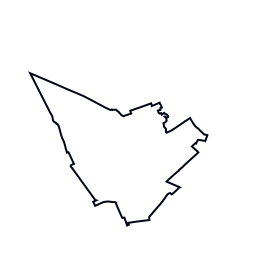 Valea Nucarilor, Tulcea, Romania, rotated 154°
{"feature_id": "2599482B55902269150341", "entity_name": "Valea Nucarilor", "entity_type": "district", "adm_level": 2, "iso_a3": "ROU", "parent_name": "Romania", "parent_adm1": "Tulcea", "projection": "robinson", "projection_center": [28.899, 45.009], "detail": "fine", "context": "isolated", "style": "outline", "palette": "ink", "viewbox_px": 256, "rotation_deg": 154, "n_neighbors": 0, "source": "geoboundaries", "source_scale": "gbopen_adm2", "svg_char_len": 5160}
<svg xmlns="http://www.w3.org/2000/svg" viewBox="0 0 256 256"><g transform="rotate(154 128 128)"><path d="M189.0,77.4L188.9,77.3L188.4,77.1L188.2,76.9L189.2,76.9L189.7,76.9L190.4,76.9L191.6,76.9L191.6,75.4L191.6,74.6L191.7,72.4L188.3,72.3L187.6,72.4L185.9,72.3L185.3,72.3L184.2,72.2L182.7,72.2L182.3,72.1L181.7,71.9L180.6,71.6L179.1,71.1L178.3,70.8L177.8,70.5L176.3,69.5L175.8,69.2L173.9,68.0L173.1,67.5L171.8,66.8L171.7,66.6L171.8,66.6L171.8,66.4L172.0,63.3L172.1,61.7L172.2,59.9L172.2,59.6L172.6,50.1L172.6,49.9L172.4,49.7L170.5,49.0L171.2,43.3L171.6,40.8L169.7,40.7L169.5,41.5L169.2,42.6L168.0,42.2L167.5,42.0L165.4,41.4L163.6,40.8L162.6,40.5L159.0,39.3L152.5,37.1L151.5,36.7L149.1,35.9L147.9,38.8L147.1,39.2L145.9,39.7L144.5,40.2L141.0,41.8L140.8,41.8L138.8,42.7L136.8,43.6L136.6,43.7L136.1,43.9L135.6,44.2L135.4,44.2L132.5,45.3L131.5,45.9L131.1,46.1L130.0,46.6L129.3,46.7L128.8,47.2L128.2,47.5L126.3,48.4L124.6,49.4L123.7,50.0L123.4,50.1L123.2,50.2L122.1,50.7L121.7,51.0L121.4,51.1L120.8,51.2L120.3,51.2L118.7,51.1L117.8,49.4L117.7,49.2L117.3,49.2L116.5,49.4L115.7,49.6L111.1,51.0L110.5,51.2L109.4,51.6L108.5,51.9L108.0,52.1L107.9,52.2L107.6,52.1L107.7,52.3L116.8,62.9L116.3,63.1L113.9,63.9L113.2,64.1L112.5,64.3L111.4,64.6L110.3,65.0L110.1,65.0L109.2,65.3L107.1,65.9L104.8,66.5L104.0,66.7L102.1,67.2L101.4,67.4L101.1,67.4L100.9,67.6L100.5,67.8L97.9,68.6L97.6,68.6L97.2,68.7L96.1,68.9L95.9,69.0L95.7,69.2L95.6,69.3L95.4,69.3L95.2,69.4L94.8,69.5L93.8,69.8L92.9,70.1L92.2,70.3L91.2,70.6L90.8,70.7L88.9,71.3L88.2,71.5L87.6,71.6L87.3,71.7L87.1,71.8L86.4,72.0L86.1,72.1L75.4,75.2L75.4,75.3L75.6,75.9L76.2,77.4L76.3,77.6L78.5,83.0L78.7,83.4L77.4,83.8L73.8,84.9L73.5,84.3L70.3,86.7L69.7,86.3L67.0,84.5L66.5,84.0L66.2,83.9L65.8,83.6L65.2,83.2L64.7,82.8L64.6,82.7L64.4,82.4L63.9,82.7L63.2,83.4L61.3,85.3L60.3,86.2L60.0,86.5L59.8,86.7L61.5,88.2L62.3,88.7L62.3,88.8L62.5,89.3L62.6,89.5L62.8,90.0L63.0,90.6L63.1,90.9L63.3,91.4L63.4,91.7L63.8,92.7L64.2,93.5L64.4,94.3L64.7,95.3L65.0,96.3L65.4,97.3L65.7,97.8L65.9,98.1L66.2,98.3L66.4,99.0L66.6,99.5L66.7,99.8L67.1,101.9L67.1,102.0L67.4,103.8L67.7,107.5L67.9,109.7L67.9,109.8L73.3,109.0L73.7,109.1L73.8,109.1L74.4,109.0L74.8,108.8L75.9,108.7L76.1,108.6L77.2,108.5L79.2,108.2L81.8,107.8L85.4,107.3L87.2,107.1L89.3,106.8L89.7,106.7L91.2,106.7L95.4,106.9L95.7,107.4L95.7,107.5L95.6,107.9L95.2,108.9L94.9,109.3L94.5,110.0L94.3,110.7L94.4,111.1L94.5,111.8L94.7,112.3L94.9,112.7L95.0,113.2L94.9,113.8L94.8,114.3L94.5,115.0L94.2,116.0L94.0,116.8L93.4,116.7L92.9,116.7L92.4,116.8L92.1,116.8L91.6,117.0L91.1,117.3L90.9,117.3L90.7,117.3L90.4,117.4L90.3,117.5L90.1,117.6L90.0,117.9L89.8,118.3L89.7,118.7L89.5,119.2L89.5,119.3L89.5,119.5L89.5,120.0L89.5,120.3L89.6,120.8L89.7,121.7L89.8,121.9L90.0,122.3L89.9,122.3L89.8,122.2L89.6,121.9L89.4,121.1L89.4,120.9L87.5,120.2L87.2,120.3L86.9,120.6L86.8,120.8L86.8,121.3L86.8,121.7L86.9,122.1L87.1,122.4L87.2,122.7L87.3,123.1L87.6,123.6L88.7,124.9L89.0,125.2L89.0,125.8L89.5,125.8L90.1,125.5L90.6,125.4L91.3,125.3L91.8,125.2L91.8,126.0L91.8,126.6L91.8,126.9L92.2,127.0L93.4,127.2L93.5,127.5L93.6,128.0L93.7,129.0L93.5,130.6L90.9,130.1L90.1,131.8L88.6,131.6L88.4,134.8L88.5,135.1L88.6,135.4L88.7,135.5L88.6,136.5L88.5,136.9L89.3,136.9L91.5,137.0L94.9,137.2L96.9,137.3L96.4,140.0L104.0,140.8L118.4,142.5L118.8,140.2L118.8,139.9L118.8,139.6L122.4,140.1L123.4,140.2L125.1,140.5L127.0,140.7L127.1,140.9L127.3,141.2L127.8,141.9L128.1,142.1L128.2,142.4L128.4,143.2L128.5,143.5L128.6,143.8L128.7,144.3L128.8,144.6L129.0,145.0L129.2,145.3L129.2,145.5L129.3,145.8L129.2,146.3L129.4,146.6L129.6,147.0L129.8,147.5L130.1,147.9L130.3,148.3L130.4,148.9L130.5,149.2L130.9,149.8L131.3,149.9L131.9,150.1L133.4,151.0L133.5,151.0L134.2,151.0L134.5,151.7L135.0,151.8L135.4,151.8L135.6,151.8L135.8,151.9L136.0,152.0L136.4,152.5L139.8,156.8L153.8,176.0L164.5,188.2L172.6,197.8L191.9,220.1L191.2,175.7L190.9,171.7L191.9,168.3L192.0,166.9L191.9,166.4L191.8,166.0L191.6,165.8L191.5,165.6L191.3,165.3L191.2,165.1L191.0,164.9L190.6,164.6L190.5,164.3L190.6,164.2L190.7,163.8L190.6,163.5L190.6,163.4L190.4,163.1L190.3,162.8L190.2,162.6L190.0,162.4L189.7,162.4L189.6,162.2L189.5,159.5L191.2,150.9L191.6,147.5L191.6,143.9L192.2,140.2L193.0,136.5L193.6,132.6L192.6,132.6L192.6,132.3L192.3,132.1L192.2,132.1L192.1,131.9L192.1,131.5L192.1,131.3L192.1,131.0L192.1,130.0L192.1,129.3L192.2,127.5L192.2,126.9L192.2,126.6L192.2,125.9L192.2,125.5L192.3,125.2L192.3,124.9L192.2,124.0L192.2,123.5L192.3,123.1L192.3,122.2L192.3,121.8L192.3,121.0L192.3,120.4L192.3,119.8L192.4,119.7L192.4,119.4L192.5,119.4L193.2,119.5L194.1,119.6L194.6,119.6L195.4,119.5L195.8,119.4L196.1,119.1L196.2,118.8L196.2,118.7L196.1,118.0L196.1,117.6L195.9,116.9L195.8,116.6L195.6,116.2L195.8,116.0L195.1,112.7L195.0,112.0L194.6,109.5L194.5,109.2L194.4,108.6L194.2,107.1L193.9,105.6L193.8,104.9L193.8,104.7L193.7,104.5L193.6,104.0L193.6,103.6L193.4,102.5L193.1,101.0L193.0,100.3L192.7,98.6L192.6,98.3L192.5,97.5L192.4,97.0L192.0,94.7L191.9,93.9L191.7,92.9L191.6,92.3L191.5,91.9L191.3,90.7L191.1,89.4L191.0,89.1L190.8,88.0L190.6,86.8L190.0,83.2L189.8,82.1L189.7,81.5L189.6,80.7L189.1,78.3L189.0,77.4Z" fill="none" stroke="#020617" stroke-width="2"/></g></svg>